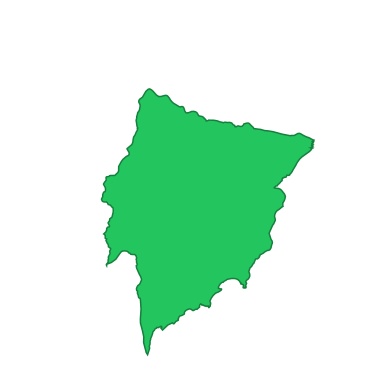 outline of Padang Lawas, Sumatera Utara, Indonesia, rotated 55°
{"feature_id": "22746128B18337582481574", "entity_name": "Padang Lawas", "entity_type": "district", "adm_level": 2, "iso_a3": "IDN", "parent_name": "Indonesia", "parent_adm1": "Sumatera Utara", "projection": "natural_earth1", "projection_center": [99.825, 1.157], "detail": "fine", "context": "isolated", "style": "filled", "palette": "green", "viewbox_px": 384, "rotation_deg": 55, "n_neighbors": 0, "source": "geoboundaries", "source_scale": "gbopen_adm2", "svg_char_len": 6077}
<svg xmlns="http://www.w3.org/2000/svg" viewBox="0 0 384 384"><g transform="rotate(55 192 192)"><path d="M203.3,304.1L202.5,303.4L202.3,303.0L203.5,298.6L203.4,293.0L201.0,286.4L200.4,284.3L200.4,283.3L201.3,281.3L203.2,279.2L204.7,278.7L205.6,278.7L206.5,278.0L207.9,277.9L209.4,276.2L210.3,274.8L212.0,274.4L214.3,275.2L214.6,275.4L215.0,276.3L216.2,276.7L218.0,277.9L219.7,278.2L220.4,279.1L220.3,279.8L221.6,280.6L223.0,281.1L229.1,282.3L231.9,282.6L234.0,283.2L235.0,283.7L237.2,287.1L237.6,288.5L237.5,289.2L237.6,290.1L238.4,291.7L239.5,293.1L241.1,293.8L242.0,293.4L243.6,294.8L245.4,295.2L247.8,296.2L248.6,296.1L249.3,295.5L249.7,295.6L251.6,296.6L258.7,300.9L266.5,307.2L270.0,309.5L276.6,311.9L283.0,314.6L287.6,318.0L297.3,321.6L299.8,321.7L295.8,316.4L293.7,315.3L292.5,313.6L290.2,312.0L289.0,310.4L288.2,309.8L287.1,307.9L285.3,305.4L284.3,304.5L283.8,303.0L283.7,302.1L283.1,301.2L282.9,300.0L283.2,299.4L282.8,298.5L283.9,297.2L283.8,296.1L284.2,294.4L284.6,294.2L285.4,294.2L285.6,295.5L288.2,295.3L287.1,288.0L288.0,283.0L289.2,282.9L289.6,282.3L288.8,279.4L289.2,276.9L288.3,276.1L288.1,276.2L286.8,274.0L286.6,273.2L287.3,271.0L287.6,268.6L287.4,268.1L286.3,267.3L285.9,266.7L285.5,264.7L285.9,262.3L286.5,260.8L287.9,259.8L289.3,259.5L289.7,259.1L290.0,258.6L290.1,256.5L290.4,255.8L291.0,255.1L290.7,253.3L290.7,251.9L289.3,250.9L288.8,250.0L288.7,249.0L289.3,248.9L289.9,248.4L290.4,248.7L291.0,247.7L291.5,247.7L291.7,247.3L292.7,246.7L292.8,246.8L293.3,246.4L293.5,245.7L294.3,245.4L294.5,244.4L294.9,243.9L295.8,244.5L296.2,244.6L296.4,244.3L295.9,242.5L295.0,241.8L294.4,240.9L293.0,240.2L292.1,240.1L291.5,239.7L290.1,237.3L288.9,234.1L288.4,230.8L289.1,227.4L289.2,224.6L288.8,223.7L288.5,223.5L288.1,223.6L287.6,224.4L286.0,225.6L285.7,225.5L285.5,225.0L284.7,224.4L283.4,221.3L283.3,219.4L283.4,218.8L283.8,218.2L283.5,216.6L283.8,214.7L283.7,213.7L284.0,212.6L285.5,209.3L287.3,206.7L289.3,205.0L290.7,204.5L292.3,204.2L294.3,204.4L294.6,204.1L295.1,204.7L295.4,204.7L295.7,204.5L295.8,204.1L296.9,203.6L297.2,203.2L297.7,203.2L298.8,203.9L298.9,204.3L299.4,204.8L300.0,204.9L300.3,204.1L301.1,203.8L301.3,202.6L301.0,202.3L300.5,202.5L300.1,201.9L299.5,201.9L298.1,199.6L296.5,199.6L296.3,199.4L295.6,198.0L295.6,196.1L295.4,195.5L295.0,194.4L294.1,193.0L292.3,191.8L289.8,191.1L287.5,188.1L287.1,185.7L285.9,183.1L285.9,182.3L283.5,178.6L283.6,177.7L284.3,176.8L284.3,175.5L283.9,174.2L283.2,173.6L283.3,173.2L282.5,172.1L283.0,168.9L282.8,166.1L283.2,163.5L283.6,163.0L283.9,162.1L283.9,161.1L283.1,159.4L280.7,156.7L280.2,155.8L279.6,155.2L278.1,154.5L276.0,154.4L270.0,152.5L265.7,145.4L264.8,143.2L264.5,143.2L264.8,143.1L263.1,140.2L262.3,139.5L259.3,138.4L257.9,137.0L257.2,135.9L256.6,134.9L256.1,132.9L256.2,130.4L255.9,127.1L256.0,125.7L255.5,125.6L253.1,123.9L252.5,122.4L251.8,121.1L250.9,119.8L249.1,118.0L246.7,117.4L241.9,117.7L240.6,118.0L238.8,119.0L236.8,121.4L235.7,122.2L235.3,120.6L235.3,119.6L235.7,119.0L235.8,118.5L235.2,117.4L235.2,116.3L234.8,114.0L234.4,113.4L234.5,112.2L234.2,112.0L234.1,111.3L233.3,111.1L232.5,109.8L233.0,109.0L232.9,107.8L233.5,107.0L233.7,106.3L233.4,105.7L232.8,104.9L232.8,104.4L233.8,103.3L234.1,102.3L233.6,101.8L233.6,100.9L232.8,98.5L231.4,95.7L229.7,91.8L228.2,89.0L226.8,85.0L226.3,81.9L226.2,72.5L225.7,70.0L225.2,68.9L224.2,69.4L224.6,68.8L224.0,68.8L224.0,68.6L224.6,68.1L224.0,68.1L223.9,67.8L224.3,67.4L224.4,67.1L223.4,67.5L222.5,67.3L222.6,67.0L223.3,67.1L223.5,66.9L222.5,66.6L222.8,66.5L222.7,66.0L222.9,65.8L222.9,65.6L221.9,65.9L221.2,65.7L221.3,64.5L221.1,64.3L220.9,64.3L220.7,64.8L219.6,64.7L219.6,64.2L220.6,64.2L220.8,63.8L220.4,63.2L220.0,63.1L219.5,62.3L218.7,63.0L214.7,65.0L212.1,66.9L209.1,68.5L207.2,69.3L205.7,70.2L204.8,71.7L204.3,75.9L202.7,78.1L202.3,79.2L196.4,84.9L189.1,91.0L185.4,94.8L183.3,97.3L180.2,99.8L175.5,105.0L174.3,104.8L170.4,105.6L169.1,105.7L168.3,106.0L167.7,106.5L166.9,107.8L166.0,110.5L166.6,111.5L166.9,113.2L166.7,113.7L166.1,114.7L164.2,116.4L163.8,118.6L163.2,119.3L162.8,119.3L162.0,118.8L160.6,119.7L158.2,119.9L156.5,121.3L155.5,123.0L154.0,124.6L153.5,125.4L153.2,126.7L152.2,127.3L150.9,128.6L148.2,130.5L145.8,132.9L142.6,137.3L142.7,137.6L142.6,138.4L141.9,139.6L141.0,139.3L139.9,139.3L138.7,139.9L137.8,139.6L137.3,139.8L135.8,140.5L133.9,142.5L133.1,142.7L129.8,142.5L128.3,143.1L126.8,144.5L125.8,146.2L125.1,149.2L124.1,151.1L123.7,151.4L122.1,151.5L120.8,151.3L120.1,150.9L118.0,150.4L116.8,150.6L115.9,151.7L115.6,152.7L115.0,153.4L108.8,156.2L106.6,156.7L104.2,156.9L102.0,156.7L99.5,156.9L98.7,157.2L98.2,157.6L97.4,158.6L97.0,159.9L96.4,161.3L96.2,162.2L94.7,164.5L92.2,165.5L87.2,166.1L85.1,166.6L83.3,167.5L82.7,168.9L83.1,172.1L85.9,178.1L86.0,181.6L86.5,182.9L87.7,184.0L90.8,184.5L92.2,185.5L94.9,188.3L95.9,191.0L97.8,193.0L98.3,193.9L99.5,194.7L101.3,196.7L107.2,199.6L108.6,199.7L108.7,200.5L109.7,200.9L110.1,201.4L110.7,202.9L112.7,206.1L113.5,208.3L115.4,210.3L117.0,211.6L118.4,213.6L118.7,214.6L119.2,220.3L119.7,220.6L123.2,220.8L124.3,221.3L125.3,222.1L125.6,223.5L125.2,225.1L125.3,226.7L125.7,230.0L126.7,232.8L129.0,237.4L132.7,240.1L133.6,241.7L133.8,243.8L134.1,244.9L134.1,245.8L131.7,249.3L131.4,250.1L131.6,251.3L130.5,253.4L130.9,254.2L132.7,255.2L133.1,255.7L133.9,258.2L134.7,259.9L135.1,260.1L138.6,260.5L139.9,261.1L141.4,262.3L141.8,262.9L141.5,264.4L141.7,264.8L142.9,266.6L144.6,267.8L145.9,270.2L146.8,270.5L148.1,270.7L148.9,270.4L150.0,269.4L151.0,267.9L152.0,267.5L154.2,267.8L156.1,266.3L157.9,266.3L159.8,265.8L160.9,266.4L163.2,268.0L166.7,272.0L166.8,274.8L168.3,276.1L168.7,277.5L169.1,278.4L169.5,278.6L172.4,279.0L172.8,279.4L173.0,280.1L172.5,280.9L172.5,281.8L173.0,282.9L174.4,283.9L174.7,284.6L175.2,285.2L175.7,288.4L176.6,288.0L177.3,288.1L177.9,288.0L180.0,289.6L180.6,289.4L181.5,288.8L181.7,289.0L182.3,290.2L182.7,290.4L183.9,290.4L184.7,290.8L187.1,290.8L189.0,291.9L191.6,291.0L192.4,291.8L193.2,293.4L195.4,294.4L197.3,297.9L199.0,298.8L199.4,299.6L201.4,301.0L202.1,303.5L202.6,304.0L203.3,304.1Z" fill="#22c55e" stroke="#15803d" stroke-width="1.5"/></g></svg>